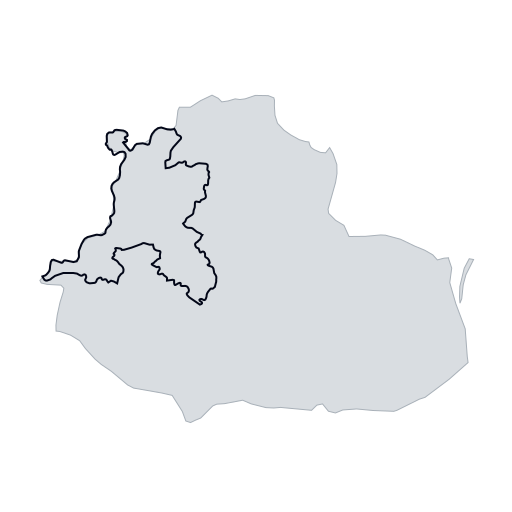 Vilniaus on a map of Lithuania (Mercator projection), rotated 177°
{"feature_id": "LTU-1075", "entity_name": "Vilniaus", "entity_type": "County", "adm_level": 1, "iso_a3": "LTU", "parent_name": "Lithuania", "parent_adm1": "", "projection": "mercator", "projection_center": [25.254, 54.825], "detail": "fine", "context": "in_parent", "style": "outline", "palette": "ink", "viewbox_px": 512, "rotation_deg": 177, "n_neighbors": 0, "source": "natural_earth", "source_scale": "10m", "svg_char_len": 8052}
<svg xmlns="http://www.w3.org/2000/svg" viewBox="0 0 512 512"><g transform="rotate(177 256 256)"><path d="M176.8,360.4L173.7,354.2L170.5,343.1L170.8,334.2L172.7,325.3L181.6,299.0L181.2,294.7L174.6,287.4L166.6,282.0L162.1,270.6L145.8,269.9L130.4,270.5L125.6,270.0L110.9,265.2L96.8,257.5L87.3,253.0L79.4,247.9L75.1,242.6L68.3,244.0L63.8,244.1L63.8,243.1L61.2,233.7L63.9,219.3L59.0,198.0L50.9,172.3L50.3,144.7L49.8,138.5L69.6,122.8L94.6,106.0L100.3,104.5L123.4,94.5L126.5,93.7L147.3,95.6L163.6,98.0L177.4,97.7L184.9,95.1L191.8,97.2L197.3,104.8L203.0,103.9L208.6,99.0L239.4,103.5L246.3,103.3L254.1,104.1L268.6,108.6L276.9,112.7L295.2,110.2L303.0,110.1L307.1,108.5L319.7,97.1L325.1,95.2L330.1,93.1L334.7,94.9L337.7,104.6L347.0,121.2L357.2,124.1L385.1,130.5L390.9,133.9L406.6,148.5L416.1,155.7L422.1,161.4L431.2,172.5L436.5,180.6L445.4,186.7L455.9,190.9L459.6,191.5L459.4,197.4L457.6,207.3L454.1,220.1L450.4,230.1L449.6,233.9L452.3,237.1L466.1,238.6L471.9,240.3L473.1,242.9L470.0,246.3L465.6,249.1L463.7,251.8L460.2,261.4L437.3,260.2L434.3,262.1L432.8,266.6L431.7,271.7L428.7,277.8L422.6,283.0L413.1,285.0L405.4,288.6L399.6,299.6L395.2,314.4L395.4,324.9L395.9,330.7L395.4,334.0L392.5,337.6L387.7,347.2L383.8,357.8L382.3,363.6L383.1,366.2L387.4,366.3L393.8,368.5L397.1,372.7L398.4,377.6L398.4,382.8L397.2,385.7L392.1,387.7L384.2,387.8L379.6,385.3L378.6,383.4L380.8,378.3L379.2,372.0L375.9,368.5L369.2,373.8L362.8,373.8L355.1,378.4L350.1,385.9L345.3,388.7L332.2,387.2L329.0,390.5L326.3,405.6L324.7,408.6L313.8,408.0L303.3,414.0L291.5,418.9L285.5,415.5L282.1,411.7L275.7,412.3L268.6,414.0L263.9,413.1L258.6,413.5L248.3,416.4L235.4,415.5L229.9,413.0L229.4,410.6L229.8,404.7L229.7,395.5L227.6,387.4L221.5,380.2L215.0,375.1L206.7,369.9L200.6,367.7L197.2,367.1L196.5,364.1L195.3,361.5L192.4,359.2L186.3,356.1L181.1,355.4L176.8,360.4ZM43.2,242.1L38.9,241.1L47.4,226.2L50.6,216.4L52.8,202.5L54.8,198.2L54.9,204.5L54.0,215.0L48.7,232.9L43.2,242.1Z" fill="#d9dde1" stroke="#a8b0b8" stroke-width="1"/><path d="M470.4,246.8L467.5,247.6L466.4,248.3L464.3,250.4L463.1,252.0L462.6,253.4L462.1,257.0L461.3,260.7L460.1,262.6L458.5,262.9L450.7,259.4L449.7,259.5L449.0,260.2L448.6,260.9L448.1,261.4L447.4,261.7L446.8,261.7L438.6,259.5L435.3,260.1L433.0,263.8L432.8,265.3L432.8,268.5L432.7,270.0L432.3,271.1L429.6,277.1L427.1,281.0L426.0,282.2L423.3,283.7L414.4,285.6L413.0,285.5L410.3,284.9L408.9,284.9L406.2,286.1L405.3,286.8L405.0,287.8L404.9,288.9L404.4,290.3L402.9,292.1L401.2,293.4L399.7,295.0L398.9,297.4L399.0,298.5L399.7,301.1L399.7,302.1L399.4,303.2L399.0,303.5L398.5,303.5L397.8,303.8L396.2,305.3L395.4,306.4L395.1,308.2L395.4,314.7L395.3,316.0L395.0,317.4L394.6,318.5L394.3,319.8L394.2,321.4L394.7,323.9L396.5,328.5L397.0,330.9L396.6,333.5L395.5,335.5L394.1,336.9L389.6,339.6L388.5,341.1L387.7,343.7L387.3,347.0L387.4,349.7L387.1,352.1L385.8,354.9L382.4,359.0L381.0,361.7L380.9,364.9L381.9,366.6L383.5,367.2L386.7,367.0L391.2,364.6L392.3,364.3L393.3,364.9L393.7,366.0L393.9,367.2L394.7,369.5L395.0,369.9L395.3,370.0L396.1,369.7L396.5,369.8L397.2,370.6L397.9,371.5L398.4,372.6L398.9,374.0L399.2,374.5L399.6,374.6L400.0,374.9L400.2,375.7L400.0,376.2L399.1,377.4L398.9,378.0L398.8,383.7L398.2,385.7L396.5,387.0L395.7,387.1L392.9,386.8L392.1,387.1L390.9,388.8L390.1,389.2L388.5,389.3L382.0,388.2L380.0,387.2L378.3,385.6L377.8,383.3L378.3,382.4L380.4,381.7L380.9,380.8L380.5,379.7L378.8,378.7L378.9,377.5L380.4,376.6L382.2,376.8L382.8,376.3L377.6,369.1L377.2,368.4L376.7,367.9L375.8,367.7L373.9,368.6L371.0,373.0L369.2,374.2L363.1,374.5L358.4,372.8L357.1,373.1L356.2,374.7L354.7,380.7L353.4,383.3L350.4,386.7L347.2,388.8L343.9,389.3L338.0,387.1L334.6,386.6L331.2,387.0L330.9,387.2L329.5,384.5L329.0,382.7L328.7,381.9L328.2,381.2L327.5,380.8L325.7,379.9L325.0,379.2L324.6,378.2L324.9,377.0L332.8,369.1L335.5,365.6L336.0,363.7L336.4,359.9L336.8,358.1L337.0,357.5L337.3,357.1L338.1,356.7L340.0,356.3L341.4,355.6L341.7,354.2L341.6,348.4L337.9,348.7L331.8,350.9L328.4,353.5L327.6,353.6L326.6,353.3L325.1,353.0L324.2,353.2L323.1,354.0L322.4,354.2L321.6,354.1L321.1,353.5L321.0,352.7L321.2,351.9L321.3,351.1L321.1,350.4L320.6,350.0L318.5,349.0L316.5,348.5L315.4,348.6L314.1,349.4L312.4,350.1L311.5,350.8L309.0,351.5L307.8,351.6L301.2,350.7L299.7,349.8L299.5,348.9L299.5,347.9L299.8,346.8L300.1,344.9L299.8,344.0L298.5,342.6L298.4,342.3L298.6,341.9L299.0,341.5L299.1,340.3L299.2,339.5L298.5,336.6L299.3,335.6L299.8,334.0L300.0,331.3L300.2,330.2L300.6,329.4L301.3,329.2L301.9,329.5L302.6,329.7L303.2,329.6L303.8,329.1L304.2,328.3L304.4,327.1L304.6,326.4L304.6,325.6L304.5,325.1L303.4,323.9L303.6,322.4L303.5,321.7L303.3,320.8L303.1,319.7L302.9,318.7L303.0,317.5L303.6,316.5L304.9,315.7L307.9,314.8L308.8,313.3L309.3,312.8L310.1,312.9L312.8,313.5L313.6,313.3L314.1,312.7L314.3,311.3L314.4,310.0L314.5,308.8L314.7,307.6L315.8,305.0L316.3,302.5L316.5,301.8L317.0,301.1L317.8,300.4L322.7,297.7L323.7,296.7L324.9,294.0L327.1,292.3L326.7,291.5L325.1,289.3L323.8,288.3L322.4,287.7L319.3,287.5L317.9,286.9L313.9,283.2L310.2,281.3L309.2,280.0L308.5,279.8L310.0,277.7L310.4,276.6L310.8,275.8L311.1,275.5L311.5,275.1L312.4,274.5L312.8,274.2L313.2,273.7L313.6,273.3L314.9,272.6L315.5,272.1L316.0,271.6L316.2,271.0L316.2,270.3L315.9,269.0L315.1,267.6L312.9,266.5L311.9,263.1L311.5,262.5L310.9,262.4L309.4,263.2L308.5,263.2L307.6,262.7L306.8,261.2L306.8,259.6L306.9,258.6L306.7,257.8L306.1,257.2L304.8,256.4L304.2,255.8L303.5,254.8L303.0,253.6L302.7,251.8L303.0,250.8L303.5,250.3L304.2,250.1L304.7,249.8L304.6,249.3L303.6,248.7L300.7,247.6L299.8,246.8L299.2,245.7L298.6,241.1L297.2,238.8L296.7,237.3L296.8,235.6L297.0,234.4L297.0,233.2L297.2,231.9L297.5,231.2L298.7,227.3L300.8,225.7L301.3,225.6L301.9,225.6L302.5,225.9L303.2,225.6L305.8,222.7L306.7,221.3L307.2,220.1L307.6,217.8L308.1,216.5L308.9,215.1L309.7,214.7L310.5,214.8L312.2,215.8L313.1,216.0L314.3,215.7L314.8,215.2L314.7,214.5L314.2,213.9L312.8,212.9L312.4,212.3L312.4,211.6L312.8,211.1L313.1,210.9L314.6,210.4L324.8,218.2L326.6,220.3L327.1,221.4L327.1,222.2L326.7,222.6L325.6,223.3L325.2,223.8L324.9,224.6L324.8,225.4L324.9,226.2L325.1,227.0L326.0,228.7L326.9,229.4L328.1,229.8L331.6,229.9L332.4,230.2L332.8,230.9L332.7,231.8L332.6,232.6L332.9,233.0L333.5,233.2L335.0,232.8L337.9,231.3L338.5,231.3L338.8,231.6L339.1,232.4L339.2,233.5L339.1,235.4L339.1,236.1L339.8,236.4L340.5,236.6L346.2,236.1L346.0,238.7L346.3,239.3L347.0,240.0L349.0,241.6L349.9,243.0L350.7,243.3L351.4,243.2L352.3,242.9L353.3,242.7L354.4,243.0L354.9,243.5L354.9,244.3L354.7,245.1L354.3,245.9L353.2,247.3L352.8,248.1L353.1,249.7L353.6,250.2L354.3,250.3L355.1,250.1L355.9,250.1L359.5,252.2L360.5,253.0L360.4,253.6L359.8,253.9L358.9,254.2L358.2,254.6L357.4,255.6L356.1,256.4L355.1,257.4L354.4,257.8L351.9,258.8L352.0,261.4L351.6,263.4L351.2,264.9L351.4,265.5L351.9,266.0L354.9,266.7L356.0,267.3L357.2,268.3L357.6,269.3L357.8,269.9L358.3,272.8L361.8,272.9L366.5,274.6L367.7,274.8L368.8,274.6L369.7,274.0L379.8,270.9L387.5,269.1L389.8,269.1L390.0,269.6L390.2,270.1L390.9,270.5L394.9,271.3L395.9,271.2L396.2,270.9L395.9,270.2L395.7,269.2L395.9,268.2L397.3,266.9L397.9,266.2L398.1,265.7L397.9,265.4L397.4,265.0L397.3,264.4L397.6,263.6L399.3,262.2L399.6,261.4L399.2,260.8L398.4,260.5L397.7,260.1L397.1,259.6L395.8,258.9L395.0,258.2L393.8,256.7L393.4,255.9L392.9,255.2L390.7,253.2L389.6,251.7L389.3,250.8L389.0,249.7L389.2,247.8L389.5,246.9L389.9,246.2L392.0,244.8L394.2,242.2L394.6,241.1L396.1,235.9L399.3,238.0L402.1,238.9L404.9,237.3L405.7,238.4L406.5,239.9L407.1,240.5L408.0,240.7L410.1,240.2L410.7,240.3L411.2,240.9L411.5,242.0L411.9,242.4L412.7,242.6L414.0,242.3L414.9,241.8L415.7,241.2L416.1,240.7L416.8,239.1L417.1,238.6L417.6,238.1L418.0,237.8L418.8,237.6L423.4,237.4L424.4,237.7L426.4,238.6L427.3,239.5L427.8,240.5L427.8,241.4L427.3,242.3L426.7,243.5L426.7,244.8L427.2,246.1L428.1,246.6L429.4,246.4L430.1,245.8L430.8,245.5L431.7,245.5L433.1,246.1L435.7,247.8L439.4,248.6L449.4,249.1L457.7,246.7L461.3,244.4L461.9,243.9L462.5,243.4L465.9,242.4L467.0,242.4L468.0,242.9L468.6,243.4L470.2,246.3L470.4,246.8Z" fill="none" stroke="#020617" stroke-width="2"/></g></svg>